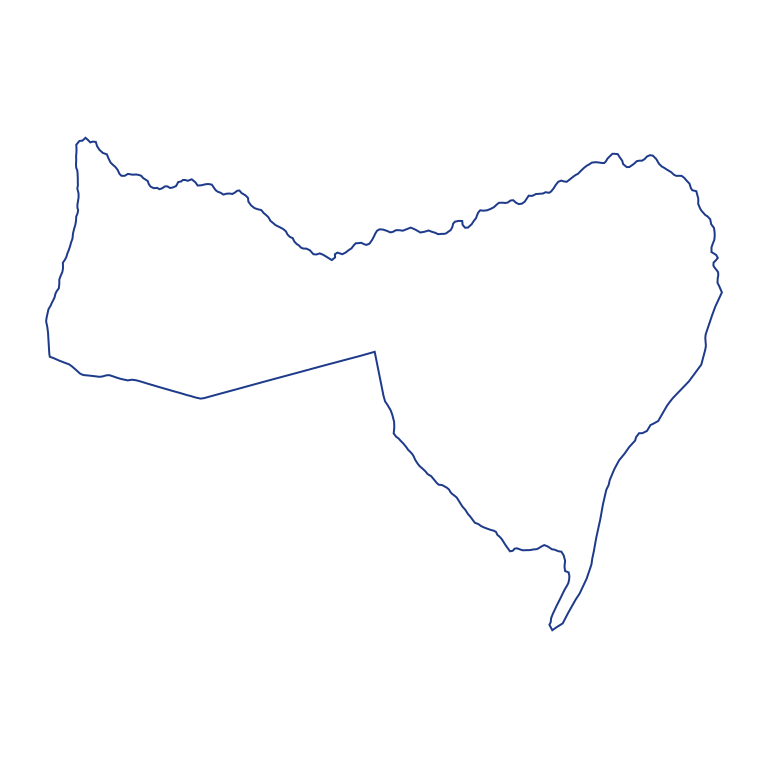 the district of Bataguassu, Mato Grosso do Sul, Brazil
{"feature_id": "56859067B16136345654597", "entity_name": "Bataguassu", "entity_type": "district", "adm_level": 2, "iso_a3": "BRA", "parent_name": "Brazil", "parent_adm1": "Mato Grosso do Sul", "projection": "equal_earth", "projection_center": [-52.609, -21.865], "detail": "fine", "context": "isolated", "style": "outline", "palette": "blue", "viewbox_px": 768, "rotation_deg": 0, "n_neighbors": 0, "source": "geoboundaries", "source_scale": "gbopen_adm2", "svg_char_len": 5897}
<svg xmlns="http://www.w3.org/2000/svg" viewBox="0 0 768 768"><path d="M721.9,292.4L720.3,288.7L719.0,285.7L717.5,282.8L717.7,278.3L718.3,275.2L718.1,272.2L716.4,269.8L714.7,267.8L713.4,265.6L713.6,262.5L715.8,260.4L717.8,257.9L716.3,255.1L714.2,253.7L711.5,252.1L711.5,247.4L712.9,243.3L714.3,239.9L714.7,236.0L714.6,232.4L714.0,228.0L711.2,224.2L710.2,219.2L707.4,216.3L705.4,215.1L703.5,213.0L701.7,211.0L700.1,208.5L698.2,203.9L698.3,198.7L697.2,194.6L696.3,191.2L692.2,190.2L690.9,188.1L689.5,183.7L686.6,180.6L684.4,178.0L681.7,175.9L679.1,175.8L676.5,175.9L674.1,174.9L671.1,172.1L666.7,169.5L664.3,167.9L661.8,166.5L659.0,163.8L656.3,159.1L652.8,155.6L649.9,155.2L647.0,156.5L644.6,159.1L642.0,160.7L639.2,160.7L636.7,161.2L634.5,163.4L632.3,165.0L629.4,167.0L626.8,167.1L623.2,164.2L622.2,160.7L619.6,157.1L617.7,154.1L614.5,153.8L612.4,153.8L610.1,156.0L607.5,158.6L605.8,161.5L604.1,163.1L601.2,162.9L598.9,162.5L595.9,162.2L591.9,162.6L589.0,164.5L586.8,165.7L584.2,167.7L582.5,169.3L580.6,171.1L578.0,173.8L575.8,174.9L573.6,176.4L570.6,178.8L566.7,181.8L563.8,181.4L561.3,180.6L558.2,181.8L555.5,185.3L553.7,188.2L551.2,191.4L549.1,192.8L545.7,192.2L543.0,193.5L539.5,193.8L536.0,194.0L532.2,195.9L528.7,195.7L524.7,201.7L521.8,203.7L518.9,204.1L516.1,202.8L513.2,200.2L510.5,200.5L507.8,202.5L505.1,203.0L502.6,202.7L498.9,202.8L496.7,204.6L493.9,207.2L490.2,209.1L487.0,210.3L483.4,210.7L480.2,210.3L478.2,212.6L477.1,215.2L476.0,218.2L473.7,221.1L471.6,224.3L467.9,227.6L465.0,227.7L462.6,224.8L462.2,221.0L458.6,220.9L454.9,221.7L453.2,223.6L452.2,227.4L450.6,230.2L448.4,231.6L446.4,233.2L444.2,233.9L441.3,233.9L438.1,234.2L435.3,232.8L432.2,231.9L428.5,230.5L424.7,231.7L420.3,232.5L417.3,230.7L414.5,229.2L410.7,227.6L402.8,230.7L399.3,230.2L395.9,230.2L393.3,231.7L390.4,232.4L386.7,230.8L383.1,229.6L379.5,229.3L377.0,230.8L375.2,233.7L374.1,236.2L372.0,240.1L369.4,243.7L366.3,244.9L363.9,244.1L361.3,242.8L357.8,243.2L355.7,243.3L353.9,245.2L351.5,248.3L348.6,250.2L345.7,252.5L342.3,254.2L337.4,252.6L334.9,254.3L335.1,257.4L331.8,260.1L327.8,257.6L325.7,256.3L322.6,254.5L319.7,253.4L316.4,254.5L313.4,254.2L309.9,250.3L306.3,248.6L303.5,248.6L301.1,247.7L298.9,245.4L296.7,244.0L294.4,241.6L292.7,238.1L289.9,236.9L287.5,234.5L285.9,231.3L283.0,228.9L280.1,227.4L278.1,226.4L275.5,225.1L273.2,223.1L270.5,220.9L268.3,217.1L266.2,215.1L263.8,213.2L261.3,210.1L257.6,209.2L254.5,208.1L251.2,205.5L248.4,201.7L248.0,197.9L245.4,195.3L241.6,193.1L239.4,190.5L237.1,190.8L235.0,192.5L232.3,194.0L229.6,193.5L226.5,193.7L223.4,194.6L220.7,192.8L217.7,191.7L215.8,190.3L214.3,188.3L211.8,184.6L208.2,184.0L205.3,184.3L201.2,185.3L197.6,185.5L195.4,182.3L191.7,179.3L187.7,180.8L185.3,180.0L182.8,180.0L181.1,181.5L178.3,182.0L176.0,186.1L172.7,187.5L170.1,188.0L167.5,186.4L164.9,186.4L162.1,188.3L159.5,189.2L157.1,187.9L153.8,188.2L150.7,186.7L148.9,184.3L147.7,181.0L145.7,179.7L143.2,178.1L141.2,175.8L139.0,175.0L136.3,174.5L132.8,174.7L130.3,174.3L127.9,173.9L124.7,175.8L121.5,175.8L119.5,173.9L117.7,170.0L115.5,167.1L113.2,165.1L110.6,162.6L108.4,158.2L106.9,154.4L102.8,152.9L99.4,149.8L97.1,146.2L95.8,141.9L92.8,141.6L90.3,142.4L88.2,140.2L85.5,137.8L82.5,140.6L79.4,141.0L76.3,144.7L76.5,149.7L76.4,152.9L76.1,155.9L76.2,160.0L76.0,164.8L76.2,167.7L77.3,170.6L77.6,173.8L77.8,178.5L77.8,182.0L77.9,185.5L77.3,188.5L78.5,193.2L78.6,197.1L78.2,199.9L77.4,204.8L77.4,207.6L78.1,210.3L77.5,213.5L76.2,216.7L76.0,221.0L75.3,224.9L74.0,229.2L73.0,233.5L72.5,238.6L71.2,242.1L69.9,246.8L68.5,250.8L67.3,253.7L66.4,256.9L65.1,259.4L62.9,262.7L63.0,268.3L62.4,271.8L60.4,276.5L59.3,279.5L59.3,283.9L58.8,288.4L56.6,291.3L55.3,294.1L54.6,297.3L53.5,299.7L51.9,302.7L50.6,305.7L48.5,309.2L47.4,314.0L46.6,317.7L46.1,321.3L47.3,327.0L48.0,332.3L49.3,353.8L49.8,356.8L53.6,358.1L58.7,360.4L63.8,362.4L69.2,364.4L71.7,366.2L76.1,370.0L79.7,373.3L81.8,374.5L83.9,375.1L86.2,375.3L90.3,375.7L99.4,376.8L102.3,376.5L106.1,375.4L109.1,375.1L112.9,376.3L116.6,377.6L121.2,379.0L127.8,380.4L132.0,379.7L136.3,380.3L140.7,381.5L148.4,383.9L153.6,385.4L156.9,386.4L172.8,391.0L181.1,393.3L187.3,395.2L189.9,395.8L195.5,397.5L200.6,398.6L204.3,398.1L207.4,397.2L219.4,393.9L233.8,390.0L270.7,379.9L299.4,372.2L318.8,366.9L344.3,360.1L360.2,355.9L374.7,351.8L383.5,395.8L385.1,401.4L387.6,405.1L390.6,410.2L392.2,414.5L393.1,417.9L394.1,421.8L394.3,427.5L393.7,433.5L396.2,436.8L398.6,438.5L400.2,440.3L403.4,443.6L406.2,447.0L408.2,449.9L410.1,451.7L412.3,454.1L413.7,456.4L415.1,459.6L416.5,461.9L418.0,464.1L419.6,466.1L422.5,468.6L425.4,471.3L427.6,474.1L431.2,476.2L434.0,479.6L436.8,483.0L438.7,484.7L442.2,485.1L446.7,487.6L449.0,489.5L450.6,492.3L452.3,494.1L454.3,495.5L456.7,497.5L462.5,506.7L465.3,509.8L468.0,514.1L469.8,516.0L474.8,522.7L478.4,524.1L480.8,525.9L483.4,527.2L486.5,528.4L490.4,529.8L493.7,530.7L495.9,531.8L497.5,535.0L499.5,536.6L501.9,539.3L505.0,544.3L506.8,546.9L510.0,551.3L512.7,550.8L514.6,548.7L516.9,548.3L520.5,549.6L522.8,550.3L525.0,550.2L529.7,550.1L533.8,549.4L536.5,549.2L538.6,548.3L541.0,546.7L544.2,545.1L547.7,546.4L550.0,548.0L552.0,549.3L554.4,549.6L556.5,550.5L558.7,551.3L561.4,551.7L563.7,555.4L565.1,560.8L564.5,566.5L565.1,571.0L568.6,572.4L569.4,576.1L569.1,579.7L568.3,583.2L566.5,586.5L564.5,589.8L561.1,596.9L559.1,600.9L557.0,605.0L552.7,614.1L551.1,618.3L550.7,622.2L549.4,624.8L552.3,630.2L556.6,627.2L562.7,623.4L568.2,612.8L575.7,599.5L579.6,593.6L586.7,578.5L591.4,564.6L592.3,558.4L593.7,551.9L596.3,537.5L600.4,518.7L601.3,513.6L602.9,504.6L606.3,489.8L608.6,485.1L609.8,479.9L614.3,469.2L619.1,460.3L624.7,453.5L629.2,447.0L635.1,440.6L636.1,437.1L639.1,433.2L642.4,433.2L647.0,430.9L650.5,425.0L653.0,423.9L658.2,421.0L667.0,405.7L669.2,402.7L672.8,398.1L688.9,381.4L701.3,364.6L705.2,349.9L705.9,346.0L705.3,338.0L705.7,334.3L712.2,315.0L715.3,306.6L721.9,292.4Z" fill="none" stroke="#1e3a8a" stroke-width="2"/></svg>